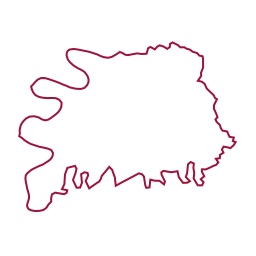 Machadinho, Rio Grande do Sul, Brazil, rotated 273°
{"feature_id": "56859067B5606080296655", "entity_name": "Machadinho", "entity_type": "district", "adm_level": 2, "iso_a3": "BRA", "parent_name": "Brazil", "parent_adm1": "Rio Grande do Sul", "projection": "equal_earth", "projection_center": [-51.684, -27.589], "detail": "fine", "context": "isolated", "style": "outline", "palette": "rose", "viewbox_px": 256, "rotation_deg": 273, "n_neighbors": 0, "source": "geoboundaries", "source_scale": "gbopen_adm2", "svg_char_len": 3002}
<svg xmlns="http://www.w3.org/2000/svg" viewBox="0 0 256 256"><g transform="rotate(273 128 128)"><path d="M114.1,19.8L112.5,22.7L110.8,24.7L108.9,27.7L107.1,31.4L106.0,35.3L105.2,38.3L104.5,41.0L104.0,44.9L103.3,48.6L102.1,52.3L99.4,54.3L97.1,54.3L95.0,53.7L92.8,52.3L91.1,50.5L89.1,47.7L86.8,44.5L85.7,41.8L84.1,38.8L82.7,36.3L81.2,33.8L79.0,31.3L77.3,29.6L75.3,28.4L72.3,28.2L68.8,28.8L65.8,29.6L62.8,30.3L59.5,31.5L56.8,32.3L54.7,32.8L52.6,32.8L49.7,32.2L46.5,31.3L44.3,31.4L42.0,32.8L40.8,35.2L40.2,39.6L40.6,43.8L41.7,47.7L44.1,50.7L47.5,52.6L50.5,55.2L53.5,54.9L57.7,55.5L59.6,58.7L58.6,67.6L60.0,70.0L62.6,70.6L63.5,65.3L68.6,67.4L78.2,67.5L81.0,68.3L85.0,69.6L87.4,77.0L84.7,78.7L80.4,78.0L73.2,75.8L65.7,79.8L66.0,83.3L71.0,84.9L79.4,83.6L81.5,86.8L81.0,90.0L78.6,90.7L72.8,88.5L65.7,92.4L71.7,100.1L73.1,102.1L76.1,103.7L78.6,104.2L82.6,107.2L88.2,111.3L85.5,114.3L81.2,116.1L77.8,117.5L69.7,118.8L72.4,123.1L83.3,141.3L82.4,144.6L80.3,146.5L71.9,148.2L69.2,149.4L69.8,152.6L77.6,153.0L76.8,157.2L76.9,162.2L73.6,166.9L76.5,167.7L83.3,163.9L85.4,163.6L87.0,165.6L86.1,173.6L87.4,179.7L81.6,181.3L76.1,185.8L76.5,190.1L78.1,192.6L82.1,188.3L86.0,189.4L94.8,189.8L97.3,192.3L96.0,195.6L91.6,195.4L86.4,196.5L81.0,196.2L74.4,200.7L74.6,205.0L77.8,206.3L80.7,203.3L83.8,206.7L88.3,204.0L90.6,204.0L90.7,207.8L92.6,211.6L94.4,214.8L95.8,217.9L98.4,220.0L101.9,217.4L102.6,221.3L106.0,221.3L108.3,224.6L111.4,222.9L114.4,224.4L113.9,228.2L113.3,231.4L116.5,234.5L119.6,236.2L120.4,233.4L124.0,234.2L124.5,229.8L129.7,227.2L130.3,222.6L132.4,220.8L135.7,219.7L138.6,216.3L141.2,214.9L143.4,216.8L146.6,215.5L151.8,212.8L155.3,212.7L161.4,215.3L162.7,213.1L164.9,212.2L171.5,204.6L176.1,202.2L178.1,199.4L178.8,195.3L183.9,198.4L186.9,198.0L192.2,199.8L200.1,199.4L203.5,198.8L204.1,195.3L206.5,193.0L207.6,188.4L209.4,186.0L210.3,182.3L211.6,179.9L211.3,176.0L213.4,173.5L215.8,168.1L214.2,165.6L211.1,165.5L209.1,163.1L211.3,159.0L212.2,155.3L210.8,153.0L207.9,150.7L210.1,146.2L208.7,143.9L206.2,143.4L203.1,142.6L202.6,137.5L203.0,133.4L201.9,128.6L200.8,124.4L201.0,121.5L202.4,119.0L203.5,115.9L200.9,112.4L198.3,108.3L197.2,105.1L197.2,102.1L197.7,99.2L198.7,96.2L200.0,93.0L201.1,88.9L202.0,85.4L202.5,82.4L203.1,78.3L203.8,73.5L204.1,69.7L203.4,65.9L202.0,63.8L199.7,62.9L197.0,62.9L193.2,64.4L190.5,66.7L187.8,70.0L185.3,74.3L183.7,78.2L181.8,81.5L179.8,83.3L177.5,85.0L174.5,86.1L171.5,86.1L168.4,84.8L165.6,82.2L164.5,78.7L164.5,74.0L165.1,70.0L165.7,67.3L166.9,64.4L167.7,61.6L168.9,58.5L170.6,53.5L171.8,49.3L172.8,45.6L173.5,42.4L173.3,38.5L171.5,35.2L168.7,32.6L166.3,30.8L164.5,29.1L161.5,30.0L158.8,31.3L156.4,33.4L155.0,35.8L154.2,38.5L153.8,41.3L153.6,45.3L154.0,49.9L154.0,54.4L152.6,57.9L149.9,60.3L147.3,60.4L145.0,60.1L142.9,59.2L140.7,57.9L138.6,56.0L136.2,53.2L134.3,50.9L132.3,48.2L131.3,45.0L132.1,41.6L133.9,38.3L134.8,33.8L134.2,29.1L132.0,25.5L128.9,22.8L125.6,20.9L122.3,20.2L119.9,19.9L117.0,20.3L114.1,19.8Z" fill="none" stroke="#9f1239" stroke-width="2"/></g></svg>